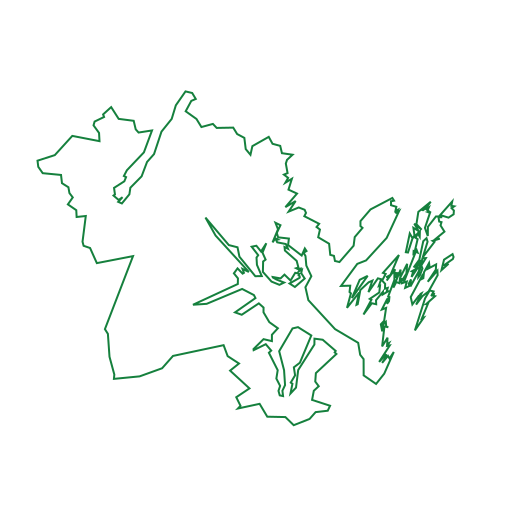 outline of Brønnøy nor, Nordland, Norway, rotated 172°
{"feature_id": "86288312B44340312529107", "entity_name": "Brønnøy nor", "entity_type": "district", "adm_level": 2, "iso_a3": "NOR", "parent_name": "Norway", "parent_adm1": "Nordland", "projection": "mercator", "projection_center": [12.383, 65.417], "detail": "fine", "context": "isolated", "style": "outline", "palette": "green", "viewbox_px": 512, "rotation_deg": 172, "n_neighbors": 0, "source": "geoboundaries", "source_scale": "gbopen_adm2", "svg_char_len": 6052}
<svg xmlns="http://www.w3.org/2000/svg" viewBox="0 0 512 512"><g transform="rotate(172 256 256)"><path d="M421.2,400.5L441.2,383.9L459.1,380.8L459.2,374.6L455.7,367.7L437.8,363.4L438.0,355.1L432.2,350.2L432.0,344.3L429.3,339.5L435.1,333.3L427.6,326.4L428.2,319.6L419.0,319.3L425.8,294.3L425.3,290.1L419.2,287.0L414.6,271.1L377.8,273.0L415.8,204.6L413.5,199.5L415.1,176.6L412.8,158.3L413.8,154.1L388.0,153.0L364.6,157.9L352.1,168.6L300.5,172.2L298.0,160.8L287.8,151.9L297.6,146.1L280.9,125.8L295.2,118.9L292.2,109.8L295.1,107.5L273.0,109.1L267.2,95.3L249.3,92.4L242.2,83.2L225.6,87.2L218.7,93.1L206.5,92.8L203.5,97.4L220.5,105.7L217.5,114.5L212.0,118.3L214.8,123.4L213.0,131.7L190.0,147.8L191.5,149.6L190.3,150.9L201.6,163.8L209.6,166.0L210.5,160.2L230.1,137.2L234.7,120.1L241.0,115.0L237.7,124.4L239.2,125.8L233.9,132.4L234.0,140.5L227.4,144.2L212.3,169.6L224.3,179.7L229.9,179.2L246.3,158.5L244.1,139.0L245.2,124.1L248.6,118.9L248.7,113.5L251.9,114.7L252.5,119.3L250.2,124.0L252.9,131.8L250.4,139.9L256.7,158.4L254.1,160.2L258.6,167.3L271.4,163.1L271.4,164.2L260.1,172.6L252.1,169.5L251.2,175.8L244.4,181.4L252.0,188.6L256.4,199.2L255.7,203.9L259.8,208.7L278.3,199.8L284.6,203.1L262.4,214.4L263.5,217.6L274.3,225.3L311.5,215.5L325.2,216.5L277.9,230.8L277.0,236.4L280.3,241.9L276.0,246.3L271.7,240.4L270.3,241.0L271.2,245.1L265.3,241.2L293.2,281.9L300.7,301.1L281.4,270.6L273.1,267.2L272.5,257.6L259.5,236.1L253.1,235.3L256.3,247.1L255.7,254.4L253.7,256.5L259.0,265.8L254.2,266.1L250.4,259.8L244.0,267.2L249.1,258.4L247.0,251.1L249.7,249.6L251.4,239.3L244.2,228.5L236.8,224.2L231.9,225.8L239.1,229.9L242.3,232.4L242.4,232.9L234.8,230.4L230.4,233.6L225.2,226.9L219.5,233.9L215.5,232.4L216.5,230.9L215.6,230.0L215.6,228.8L215.9,228.3L226.6,224.1L221.8,219.9L210.9,226.9L213.6,232.7L212.4,236.1L215.7,235.0L213.8,237.3L216.3,237.2L217.9,238.3L215.6,238.7L216.4,245.5L226.6,257.4L226.5,260.9L223.3,258.7L224.8,263.7L233.1,266.6L233.9,269.2L232.1,269.3L234.3,270.8L237.7,267.2L230.5,279.4L232.1,286.2L227.5,283.1L232.2,275.9L231.5,271.4L221.0,268.7L222.7,262.4L210.7,250.1L206.6,256.7L205.3,253.9L208.4,252.6L207.0,249.1L207.5,239.5L204.0,228.3L211.4,218.2L210.3,205.0L187.9,172.6L166.9,155.8L166.6,143.7L163.8,138.9L166.0,122.8L154.9,112.6L145.4,121.6L132.9,141.8L138.1,135.9L139.2,138.7L146.0,132.6L142.3,136.8L140.6,140.6L148.8,134.0L136.0,148.8L138.4,148.7L136.5,151.2L138.4,150.4L137.1,156.8L143.7,148.9L138.6,168.4L134.9,167.0L136.9,168.2L136.6,172.7L140.1,170.0L141.5,163.8L141.9,171.0L138.1,174.0L134.4,186.5L138.8,185.5L132.2,195.0L130.7,195.3L132.9,190.4L130.6,192.7L129.6,196.8L130.8,197.4L122.3,213.0L121.5,218.7L118.8,219.1L120.7,214.8L118.1,219.3L121.7,220.1L120.1,223.5L130.0,213.5L126.5,217.4L130.1,216.8L125.4,218.6L114.3,237.1L132.6,221.6L130.1,220.2L134.5,214.1L132.0,210.5L132.8,205.7L130.0,206.1L131.4,202.9L130.0,202.7L135.9,200.2L135.3,202.9L143.3,195.5L143.7,191.5L147.9,193.1L157.7,183.1L147.8,196.6L149.3,197.7L139.0,202.7L137.3,209.4L138.6,209.1L135.3,215.6L138.4,216.9L149.7,204.6L144.2,215.4L148.1,214.3L157.4,207.8L162.0,194.1L163.3,193.7L158.9,205.5L173.1,192.0L167.2,205.8L168.4,207.3L166.8,213.5L176.0,214.5L156.8,234.1L147.6,236.3L124.1,255.7L108.0,280.7L111.9,278.9L109.3,282.0L111.6,281.3L110.2,285.2L115.2,287.5L114.7,291.4L111.6,291.6L112.9,294.5L136.1,286.2L147.7,276.0L148.4,271.1L146.6,269.0L155.6,261.0L157.9,252.6L174.2,238.4L178.5,240.1L178.8,245.3L182.3,246.8L181.9,258.0L191.8,265.9L189.0,273.3L192.0,276.3L189.0,279.1L202.6,288.7L200.5,291.7L201.4,295.0L206.9,298.1L217.5,295.4L209.1,304.9L220.1,300.3L206.7,312.1L214.6,317.2L209.7,327.5L216.7,324.5L213.3,328.9L217.0,332.7L213.2,333.7L213.6,343.4L211.9,346.9L205.7,351.2L216.0,354.2L216.7,361.7L224.0,364.8L226.8,372.2L244.3,365.3L247.4,357.0L251.3,363.3L251.1,374.6L257.7,379.4L260.7,386.3L277.1,388.3L280.3,392.8L292.1,391.3L295.9,400.0L305.5,409.1L298.5,418.6L293.8,419.9L296.5,426.3L302.9,428.8L314.4,416.4L320.4,403.5L332.3,392.3L342.8,371.1L350.8,364.3L358.2,350.8L370.9,341.1L372.8,334.7L381.5,326.7L384.9,328.8L380.0,332.8L384.2,330.6L388.7,335.7L387.1,336.6L387.1,343.2L376.0,348.3L373.7,352.2L375.7,353.6L371.9,358.9L352.6,374.2L341.5,394.8L355.1,394.6L357.5,398.2L358.3,406.9L372.9,410.9L378.7,423.6L387.7,417.5L387.1,414.8L397.1,411.6L398.7,408.0L394.3,399.7L395.0,391.5L421.2,400.5ZM107.3,204.3L96.4,218.9L98.1,212.5L96.4,214.1L92.9,220.5L93.6,223.7L88.1,230.3L91.5,230.6L95.4,220.2L96.0,219.2L96.6,218.9L93.8,229.3L99.0,221.3L97.8,221.4L104.9,213.6L102.6,218.5L103.8,219.2L99.6,220.8L97.8,225.4L101.5,222.7L94.8,229.6L88.3,247.4L84.7,249.9L84.1,246.3L91.0,231.6L77.3,245.1L78.9,246.4L71.5,247.6L76.3,247.6L66.0,253.9L69.0,260.6L67.6,263.7L69.8,264.6L69.9,268.9L67.1,268.6L67.0,269.4L72.3,270.1L81.7,261.0L83.1,251.9L84.8,260.3L77.7,274.5L79.7,275.6L78.1,275.8L79.7,277.3L78.2,279.9L80.8,278.5L81.8,279.4L84.2,278.1L85.2,278.5L79.3,281.5L75.4,285.4L89.1,277.1L92.7,265.2L88.3,259.0L94.8,266.0L91.5,258.1L96.2,262.0L96.2,254.2L98.6,251.9L100.6,256.9L107.1,238.9L105.0,238.3L98.5,251.8L90.3,257.5L91.2,252.3L92.6,255.8L95.4,251.8L93.6,250.2L97.8,239.4L96.2,240.1L95.5,236.9L99.2,239.0L99.8,236.0L98.0,236.5L112.7,210.5L114.2,212.2L109.5,217.6L107.4,227.2L116.1,214.7L114.7,222.4L124.4,205.5L120.7,210.7L117.8,209.1L116.3,214.6L117.1,209.3L115.2,213.9L115.4,208.7L110.2,209.7L112.7,203.7L108.3,205.0L108.6,207.3L105.8,211.2L107.3,204.3ZM97.3,196.0L104.2,185.6L96.8,193.1L90.0,196.9L78.8,211.7L78.4,216.2L89.5,206.6L79.8,217.5L78.8,222.6L89.6,218.7L85.6,222.1L85.6,225.0L91.9,216.5L93.4,210.7L94.9,210.2L93.0,215.0L108.5,193.8L107.9,186.3L100.3,193.9L99.6,194.0L98.3,195.6L97.3,196.0ZM109.0,160.2L98.5,171.6L100.4,171.1L91.9,185.6L93.6,184.8L94.0,184.8L84.3,191.3L86.0,192.0L84.5,194.5L88.1,191.9L85.1,196.2L88.8,197.7L94.5,190.5L109.0,160.2ZM67.9,270.9L60.0,267.2L54.5,269.8L53.7,273.5L55.7,276.2L52.8,277.6L55.6,278.5L54.1,282.7L67.9,270.9ZM156.6,218.0L166.9,201.0L148.2,220.8L156.6,218.0ZM74.3,216.2L66.4,221.5L68.6,220.4L70.9,220.8L61.5,225.6L60.5,227.5L61.1,230.5L70.3,226.2L74.3,216.2Z" fill="none" stroke="#15803d" stroke-width="2"/></g></svg>